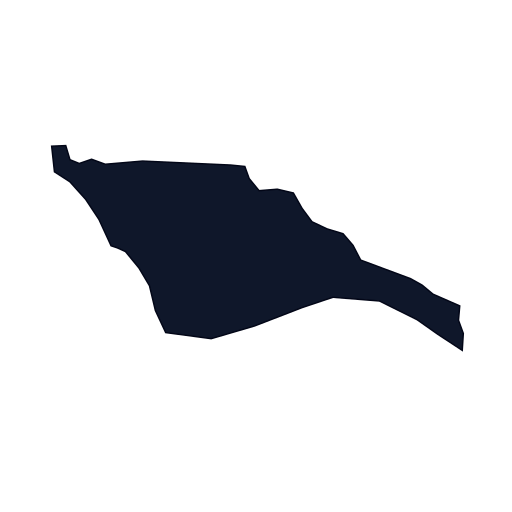 map outline of Pallisa (Natural Earth projection), rotated 7°
{"feature_id": "UGA-3076", "entity_name": "Pallisa", "entity_type": "District", "adm_level": 1, "iso_a3": "UGA", "parent_name": "Uganda", "parent_adm1": "", "projection": "natural_earth1", "projection_center": [33.743, 1.214], "detail": "fine", "context": "isolated", "style": "filled", "palette": "ink", "viewbox_px": 512, "rotation_deg": 7, "n_neighbors": 0, "source": "natural_earth", "source_scale": "10m", "svg_char_len": 698}
<svg xmlns="http://www.w3.org/2000/svg" viewBox="0 0 512 512"><g transform="rotate(7 256 256)"><path d="M62.2,205.0L45.7,197.0L39.8,171.9L53.7,169.6L59.6,183.1L69.3,185.7L81.0,180.0L95.2,183.3L131.8,175.6L219.8,168.8L234.0,168.5L239.8,180.0L251.1,190.8L269.0,187.1L285.4,188.9L295.9,203.1L307.4,215.2L323.1,220.4L339.7,223.3L351.0,233.6L360.4,247.3L412.3,259.7L424.5,264.7L436.3,272.3L464.3,280.7L464.8,295.1L471.2,307.6L472.2,324.5L446.1,311.6L423.7,299.6L384.0,285.6L337.3,287.6L308.0,301.6L263.1,325.6L221.6,343.5L175.7,343.0L162.8,322.4L153.9,298.5L141.3,282.2L125.9,267.5L117.3,264.8L110.9,263.5L95.7,238.9L80.0,220.5L62.2,205.0Z" fill="#0f172a" stroke="#020617" stroke-width="1.5"/></g></svg>